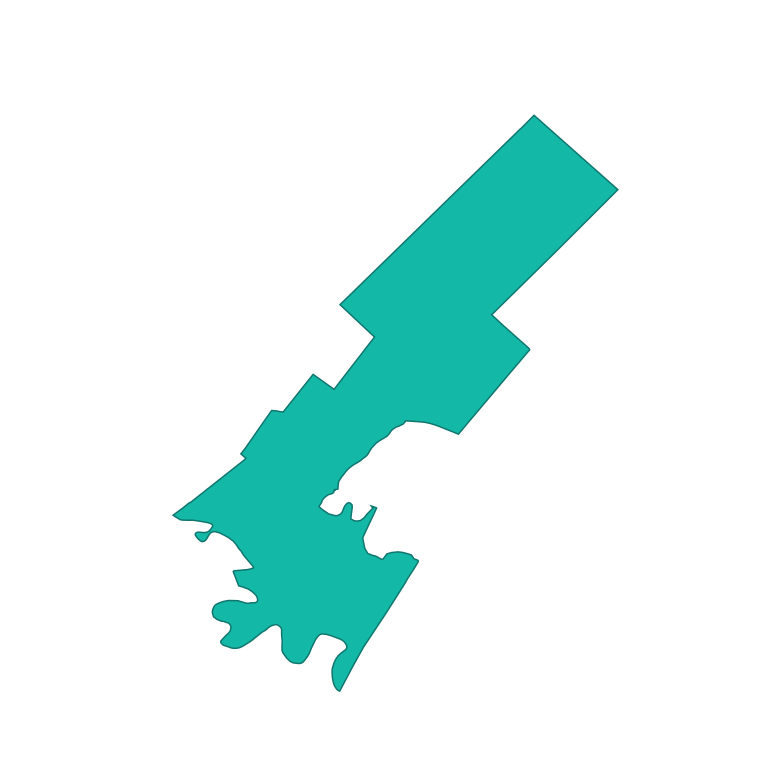 the district of Sarateni, Ialomita, Romania, rotated 20°
{"feature_id": "2599482B52880739545747", "entity_name": "Sarateni", "entity_type": "district", "adm_level": 2, "iso_a3": "ROU", "parent_name": "Romania", "parent_adm1": "Ialomita", "projection": "natural_earth1", "projection_center": [26.94, 44.652], "detail": "fine", "context": "isolated", "style": "filled", "palette": "teal", "viewbox_px": 768, "rotation_deg": 20, "n_neighbors": 0, "source": "geoboundaries", "source_scale": "gbopen_adm2", "svg_char_len": 5362}
<svg xmlns="http://www.w3.org/2000/svg" viewBox="0 0 768 768"><g transform="rotate(20 384 384)"><path d="M433.1,80.2L425.0,97.7L424.8,97.8L384.5,181.4L344.2,265.1L315.5,324.5L359.0,343.1L338.9,406.1L314.1,399.2L298.8,444.8L295.5,445.6L292.3,446.0L290.0,446.7L287.5,447.3L283.1,463.5L275.9,490.9L273.4,498.6L279.0,500.8L279.6,500.9L279.6,501.2L278.6,503.3L242.4,561.9L242.0,562.0L241.7,562.1L238.1,568.2L230.7,579.4L231.4,579.7L237.5,580.9L239.2,581.2L241.5,580.7L246.6,579.0L250.9,577.4L255.9,576.3L260.8,575.4L264.7,574.7L267.4,574.4L269.0,574.5L270.7,574.9L271.2,575.3L271.5,575.8L271.6,576.5L271.3,577.7L271.0,579.4L270.5,580.6L270.0,581.8L269.3,582.8L268.5,583.6L267.0,584.6L265.3,585.3L263.5,585.8L261.7,586.2L260.7,586.5L259.7,586.9L258.7,587.7L258.2,588.3L258.0,589.0L258.0,589.6L258.2,590.2L258.5,590.6L259.1,591.1L260.1,591.8L260.4,592.1L261.3,592.6L262.3,593.1L263.5,593.6L265.3,594.2L266.2,594.3L267.0,594.4L268.0,593.8L269.0,593.0L269.7,592.0L270.2,590.7L270.5,589.3L270.7,588.1L271.3,585.0L271.8,583.6L272.8,582.2L274.0,581.3L275.1,580.8L276.5,580.4L278.4,580.3L279.7,580.2L281.8,580.2L284.0,580.6L284.9,580.6L289.0,581.3L291.2,581.7L294.4,582.7L296.2,583.2L298.0,584.3L299.8,585.3L301.0,586.1L301.9,586.9L304.7,588.9L306.6,589.7L308.9,591.6L311.4,593.4L323.6,600.3L324.3,601.3L321.8,603.5L319.2,605.1L306.8,610.9L306.5,611.9L316.5,623.4L320.0,623.1L326.2,623.1L327.4,623.3L328.8,623.6L331.6,624.4L334.1,625.4L336.2,626.5L338.0,628.2L338.6,629.1L339.3,630.6L339.1,632.2L337.6,633.7L336.8,634.0L335.5,634.5L334.4,635.0L333.2,635.4L332.0,636.2L331.1,636.6L330.1,636.9L329.1,637.0L328.0,637.2L325.7,637.3L323.5,637.5L321.3,637.5L318.8,638.3L312.0,640.6L309.7,641.9L307.2,643.5L306.2,644.3L305.2,645.1L302.7,647.3L301.0,649.5L300.3,652.0L300.2,655.0L300.9,657.6L303.4,661.0L307.4,662.3L312.1,662.5L314.9,661.9L317.2,662.0L318.3,661.9L319.4,661.8L321.5,662.6L323.2,664.3L323.8,666.8L323.9,669.1L322.8,671.9L321.2,675.0L320.8,676.0L320.1,677.6L319.5,679.0L318.9,680.5L318.6,681.5L318.8,682.3L319.1,682.9L322.1,684.4L325.4,684.3L328.8,684.2L330.3,684.3L333.2,683.8L335.8,682.8L338.6,681.0L340.6,679.1L342.4,676.9L344.2,674.6L346.7,671.3L348.5,668.6L350.4,665.3L353.0,661.1L354.4,658.8L356.4,656.5L357.6,654.6L358.5,652.8L359.9,650.8L361.6,649.1L363.6,647.6L365.7,646.8L366.9,646.9L369.1,647.5L370.9,648.6L371.8,649.8L373.6,654.8L376.4,660.7L377.4,664.0L379.3,669.3L381.0,671.2L383.7,673.1L386.1,674.7L388.3,675.7L390.7,676.8L393.9,677.1L396.9,676.5L400.1,675.6L402.2,674.2L403.2,672.7L404.1,670.2L405.1,667.0L405.9,663.2L406.0,659.9L406.1,656.7L406.4,654.0L407.0,648.2L407.9,644.6L408.7,642.7L409.4,641.5L410.3,640.7L411.4,640.0L415.3,639.0L418.7,638.7L423.7,638.6L426.7,638.7L429.9,638.7L431.6,638.9L433.3,639.2L435.0,640.0L436.8,641.2L438.9,643.2L439.3,645.4L438.7,647.0L437.5,648.7L435.3,652.3L433.9,655.0L432.8,659.0L432.4,662.8L432.6,667.0L432.8,669.6L433.7,672.3L434.9,675.2L436.1,677.8L437.4,680.0L438.7,682.1L440.5,684.3L442.4,685.9L444.4,687.2L445.9,687.6L447.4,687.8L451.2,660.4L454.7,638.4L464.3,598.6L471.7,565.0L472.5,560.3L472.5,560.0L472.6,559.7L472.8,558.4L474.0,553.3L475.2,548.3L475.9,544.8L476.6,541.3L476.8,540.1L477.0,539.2L476.9,538.9L476.8,538.7L476.7,538.5L476.4,538.3L476.1,538.1L475.7,538.0L475.2,538.0L474.4,538.0L473.2,538.0L472.6,538.1L472.1,538.0L471.6,537.9L471.1,537.4L470.0,536.5L469.2,535.9L468.8,535.7L468.5,535.6L468.2,535.3L464.4,535.4L459.1,535.9L454.5,537.0L448.7,539.8L444.8,542.7L443.0,548.8L442.2,549.3L440.5,549.5L439.9,549.3L439.0,549.2L438.5,549.1L437.9,548.9L437.6,548.9L437.2,548.8L436.6,548.8L435.9,548.7L434.9,548.6L434.3,548.6L433.6,548.7L432.9,548.8L431.5,549.0L429.8,548.9L428.9,548.8L427.8,548.9L427.1,548.8L426.8,548.7L426.4,548.6L425.7,548.0L425.4,547.7L424.5,546.9L423.8,546.5L423.1,545.9L421.9,544.6L421.4,543.8L418.7,539.4L416.6,535.8L417.3,527.3L419.5,503.1L418.5,502.9L416.2,502.9L413.8,503.0L416.0,504.4L414.3,508.2L412.6,511.9L411.0,516.7L408.7,520.2L405.7,522.0L402.8,522.7L398.9,522.1L397.4,515.6L396.4,511.0L395.9,509.8L395.4,508.6L393.3,507.5L391.6,507.5L390.0,509.0L388.9,511.8L388.7,513.5L388.6,515.1L388.6,517.9L388.1,519.9L387.6,520.9L387.0,521.9L384.3,524.2L382.7,524.4L381.0,524.6L378.7,524.8L376.4,525.0L374.3,524.4L372.3,523.9L371.0,523.6L369.7,523.3L367.4,522.5L364.8,521.4L365.9,516.6L365.9,516.3L365.9,515.9L365.8,515.4L365.7,515.0L365.7,514.6L365.8,514.3L366.0,513.8L366.1,513.3L366.2,513.1L366.2,512.8L366.5,512.3L366.5,512.0L367.0,511.0L367.6,509.9L368.1,509.2L369.0,507.8L369.7,507.0L370.7,506.2L371.9,505.4L372.6,504.8L373.4,503.9L373.8,502.6L373.8,501.9L373.5,501.4L373.3,501.1L374.3,500.5L374.0,500.1L376.6,498.5L376.5,497.9L375.9,496.0L375.5,494.6L375.2,493.2L374.9,491.8L374.9,490.4L375.2,489.3L375.9,485.9L376.5,484.2L377.1,482.5L377.5,481.2L377.9,479.9L379.1,476.7L380.4,474.3L381.4,472.7L382.5,471.1L383.6,469.5L384.6,468.5L386.4,466.3L388.1,464.1L390.0,460.7L391.8,458.2L392.6,456.2L393.2,453.8L393.5,451.7L394.4,448.0L396.7,442.5L399.2,438.8L404.7,432.0L405.9,429.0L406.7,425.8L407.6,423.7L410.1,420.3L412.3,418.6L415.7,415.1L416.7,412.6L416.9,411.2L425.8,408.6L430.9,407.2L435.0,406.1L437.7,405.7L440.4,405.3L443.9,405.1L447.2,405.0L450.9,405.0L471.1,405.7L477.0,389.4L487.9,359.8L498.4,331.1L509.1,302.3L509.1,301.9L508.6,301.3L507.2,300.6L475.6,288.1L461.5,282.1L499.8,201.7L537.3,121.4L433.1,80.2Z" fill="#14b8a6" stroke="#0f766e" stroke-width="1.5"/></g></svg>